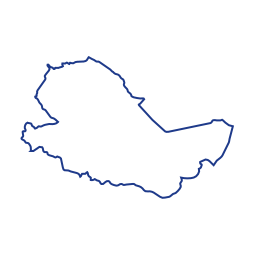 the border of Haut-Ogooué, rotated 102°
{"feature_id": "GAB-2627", "entity_name": "Haut-Ogooué", "entity_type": "Province", "adm_level": 1, "iso_a3": "GAB", "parent_name": "Gabon", "parent_adm1": "", "projection": "natural_earth1", "projection_center": [13.705, -1.23], "detail": "fine", "context": "isolated", "style": "outline", "palette": "blue", "viewbox_px": 256, "rotation_deg": 102, "n_neighbors": 0, "source": "natural_earth", "source_scale": "10m", "svg_char_len": 4269}
<svg xmlns="http://www.w3.org/2000/svg" viewBox="0 0 256 256"><g transform="rotate(102 128 128)"><path d="M146.6,36.5L143.5,41.3L142.7,43.3L142.7,45.6L145.9,50.0L146.3,50.4L146.7,50.3L147.7,49.9L148.0,49.5L148.1,49.0L148.4,48.4L148.9,48.2L151.4,48.5L152.1,48.9L152.7,49.4L153.2,50.2L155.7,49.4L158.5,49.9L161.0,51.3L162.8,53.4L164.0,56.1L164.9,59.4L165.4,62.7L165.5,65.7L166.7,65.0L167.8,64.5L169.0,64.5L170.3,65.1L171.4,65.4L172.5,65.0L173.5,64.4L174.7,64.2L176.7,64.8L179.3,66.2L181.7,67.9L183.2,70.3L186.0,72.5L186.8,73.5L188.4,77.4L189.1,79.8L188.6,82.4L185.8,89.5L185.4,91.4L185.4,93.4L185.9,95.5L186.2,97.9L185.4,99.6L184.1,101.2L183.1,103.2L182.7,105.0L182.4,108.5L181.6,110.2L181.6,111.3L183.6,117.7L184.3,119.4L184.6,120.3L184.5,121.0L184.1,122.4L184.2,123.1L184.6,124.1L184.9,124.4L186.1,125.7L186.6,126.8L186.8,127.5L186.7,130.0L186.4,131.8L186.2,132.6L185.8,133.4L185.3,134.1L184.7,134.6L184.2,135.2L184.0,136.1L184.4,137.6L185.5,138.8L187.9,140.7L188.3,142.4L187.8,143.3L186.9,144.0L186.1,144.9L185.8,145.6L185.7,147.5L184.9,149.9L185.8,150.9L186.5,152.4L186.6,153.6L184.3,154.1L183.9,154.8L183.6,155.7L183.1,156.5L182.4,157.1L181.8,157.4L180.4,158.0L179.7,158.7L180.2,159.3L181.6,160.1L182.4,163.4L183.6,163.8L185.0,164.1L185.6,164.6L183.9,165.8L183.1,166.9L182.7,168.6L182.4,175.0L182.0,177.1L182.0,177.8L182.5,181.3L182.0,182.4L180.2,183.5L171.9,187.2L171.4,187.8L171.1,188.4L170.9,189.1L170.9,190.1L170.6,190.8L170.6,191.3L171.0,191.7L171.5,192.2L171.9,192.9L171.8,193.7L171.3,195.3L171.0,199.5L170.6,200.7L170.2,201.2L169.0,201.7L168.6,202.1L168.5,202.9L168.9,204.3L168.9,204.9L168.0,206.1L165.6,207.1L164.7,207.9L164.9,210.7L170.2,215.8L170.7,218.4L170.4,218.2L167.1,219.1L166.4,219.4L165.7,219.9L164.4,221.2L163.8,221.9L163.5,222.7L163.6,224.8L163.1,225.5L162.4,226.1L161.8,226.9L161.4,228.3L161.1,229.3L160.6,229.9L160.0,230.0L159.3,229.7L158.3,229.0L157.6,228.9L157.1,229.0L153.9,230.2L153.4,230.2L152.9,229.7L152.7,228.2L152.1,227.7L151.4,227.7L150.8,228.0L149.6,228.9L148.1,229.2L146.4,229.1L144.8,228.5L143.7,227.4L143.8,227.0L143.8,223.9L144.3,223.2L145.8,222.3L146.8,219.9L147.6,219.3L147.9,218.8L146.9,217.3L146.2,216.7L145.5,216.3L144.9,215.7L144.7,213.5L144.2,212.7L143.0,211.2L142.1,209.7L140.5,206.0L139.9,202.6L139.3,200.9L138.5,199.4L137.5,198.4L136.8,197.8L136.6,197.7L136.4,198.1L134.9,200.6L134.2,202.2L134.0,203.1L133.9,204.7L133.7,205.5L133.1,206.4L127.8,212.3L127.4,213.2L127.2,214.9L126.8,215.6L126.1,216.1L124.5,216.7L123.7,217.2L123.0,217.9L122.0,219.4L121.4,220.1L119.1,221.9L118.4,222.7L118.0,223.4L117.9,224.2L117.5,224.8L116.8,225.3L116.4,225.2L115.9,224.2L115.4,224.1L114.4,224.4L114.1,224.4L112.6,224.1L111.2,224.5L110.0,224.3L97.9,219.1L97.2,219.0L96.4,219.1L95.1,220.0L94.3,220.2L92.9,219.7L88.4,217.4L86.7,217.0L85.8,217.3L84.5,218.8L83.7,219.7L82.8,219.8L82.6,219.3L82.9,218.6L83.7,217.8L84.0,217.2L84.3,216.6L84.5,215.9L84.6,215.2L84.7,214.4L85.1,213.7L85.7,213.0L85.5,212.1L85.2,212.0L84.7,212.0L84.2,211.4L84.1,210.8L83.7,208.6L83.1,207.7L81.8,205.2L81.1,204.5L79.5,205.5L78.5,205.6L78.2,204.1L78.1,203.3L77.9,202.7L76.9,201.7L76.8,201.2L76.9,200.7L77.2,200.1L77.3,199.7L77.6,199.1L77.6,198.7L76.3,198.3L76.2,197.9L76.3,197.4L76.3,197.0L76.1,195.1L75.8,194.7L74.7,193.4L74.3,192.8L73.7,191.1L72.2,185.3L71.3,183.4L70.2,182.4L67.2,181.3L66.9,181.1L67.1,180.5L68.0,177.6L68.5,175.4L69.5,172.9L69.5,172.1L69.2,170.6L69.4,169.7L74.5,157.5L75.7,155.7L76.1,155.0L76.3,154.2L76.9,153.4L77.4,152.4L77.7,151.5L77.8,149.2L78.0,148.4L78.6,147.3L79.3,146.5L79.9,146.0L80.5,145.3L81.0,144.4L81.4,143.1L82.1,142.3L84.2,141.1L84.7,141.0L85.1,141.0L85.6,141.1L86.2,141.1L86.9,140.9L87.6,140.4L88.2,139.7L88.8,138.9L89.8,137.4L90.4,136.7L91.1,136.3L92.3,135.7L92.7,135.2L93.9,132.8L94.6,132.1L95.3,131.6L96.0,131.3L96.5,130.3L96.8,128.7L96.8,125.4L96.6,122.4L95.9,119.3L95.9,118.8L96.5,118.2L101.6,121.1L102.8,122.3L103.3,122.1L103.7,121.6L115.0,105.8L123.6,91.0L123.8,89.6L123.3,87.7L106.0,48.3L105.3,47.7L104.6,47.3L103.9,47.1L103.3,46.9L102.7,46.3L102.4,45.3L102.2,44.4L102.1,42.7L101.4,39.4L101.1,38.7L100.7,38.2L100.4,37.6L100.8,36.7L102.5,33.9L104.3,29.9L104.5,25.8L117.5,26.4L120.2,26.3L121.3,26.4L135.1,29.9L136.5,30.5L138.0,31.5L141.5,34.4L146.6,36.5L146.6,36.5Z" fill="none" stroke="#1e3a8a" stroke-width="2"/></g></svg>